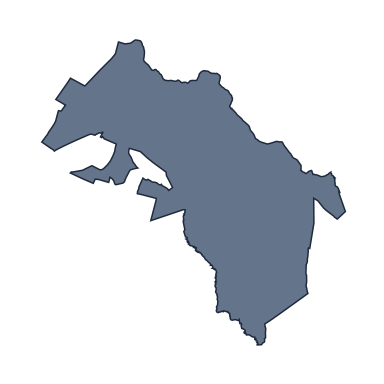 the district of Stejaru, Tulcea, Romania, rotated 6°
{"feature_id": "2599482B28008731037476", "entity_name": "Stejaru", "entity_type": "district", "adm_level": 2, "iso_a3": "ROU", "parent_name": "Romania", "parent_adm1": "Tulcea", "projection": "natural_earth1", "projection_center": [28.523, 44.782], "detail": "fine", "context": "isolated", "style": "filled", "palette": "slate", "viewbox_px": 384, "rotation_deg": 6, "n_neighbors": 0, "source": "geoboundaries", "source_scale": "gbopen_adm2", "svg_char_len": 6031}
<svg xmlns="http://www.w3.org/2000/svg" viewBox="0 0 384 384"><g transform="rotate(6 192 192)"><path d="M50.8,165.7L53.5,163.6L60.1,159.4L69.7,153.6L83.4,145.8L85.7,144.9L89.6,145.7L89.9,145.2L93.7,142.8L96.0,143.0L96.6,141.9L97.1,142.1L95.2,146.8L96.5,147.4L97.2,146.4L98.1,147.0L99.1,148.3L111.7,152.2L111.1,156.0L110.9,159.6L109.7,164.0L107.8,169.2L105.2,173.7L101.6,178.0L99.8,179.3L98.0,179.5L89.7,176.3L80.7,181.9L71.2,184.6L69.8,184.7L69.7,185.0L69.0,185.8L82.8,190.6L92.9,193.7L94.4,189.3L98.3,189.4L108.1,191.2L108.5,189.4L108.8,185.9L111.5,187.4L113.2,189.4L114.3,192.0L115.2,192.6L115.9,192.6L122.0,190.5L123.1,189.8L123.9,188.6L124.0,187.7L124.8,184.9L127.8,177.2L128.3,176.6L131.2,175.2L135.6,173.8L134.1,172.7L131.9,170.1L130.3,168.6L127.9,164.0L125.1,160.4L124.7,158.1L125.2,155.1L136.4,157.2L144.2,162.9L150.2,166.8L164.1,174.9L164.9,178.4L172.2,189.5L169.1,192.6L168.5,192.9L168.0,191.9L166.4,190.8L163.6,189.5L161.6,188.9L160.8,187.5L159.7,188.3L158.4,188.1L155.9,186.5L153.5,186.1L152.0,186.4L146.8,184.0L145.9,184.8L145.0,184.9L142.8,184.0L141.8,183.3L138.8,192.2L138.6,194.9L137.8,196.9L137.8,199.4L142.7,199.9L157.1,202.1L157.2,203.7L154.0,224.8L185.2,210.5L187.1,210.4L186.9,214.2L186.3,214.6L186.7,214.9L186.8,215.5L186.4,215.5L185.9,216.8L186.1,218.1L186.7,220.6L186.7,221.6L186.4,221.5L186.4,222.6L188.8,230.1L188.0,232.2L190.2,237.3L191.6,237.6L192.1,238.2L191.5,239.1L190.9,239.4L192.4,240.1L192.3,240.6L192.5,241.2L193.1,241.3L193.1,241.7L192.5,241.8L192.4,242.0L192.7,242.4L193.6,241.7L193.9,242.6L194.3,242.9L193.8,244.0L195.0,244.3L194.9,244.9L195.2,245.2L196.1,245.6L197.3,245.5L198.2,245.8L199.0,246.2L199.2,246.9L199.5,246.7L199.6,246.1L200.0,246.0L200.4,246.6L200.8,246.5L201.1,247.0L202.2,247.1L202.2,247.6L201.7,248.1L201.4,247.7L201.0,247.8L201.1,248.1L202.0,249.0L202.1,249.4L201.7,249.9L203.0,250.7L203.9,250.4L203.9,251.2L204.6,251.1L205.1,251.5L205.5,251.5L205.7,251.1L206.1,251.2L206.7,251.9L207.6,252.2L207.8,252.8L208.7,253.4L208.7,254.0L210.9,255.6L212.6,257.9L214.3,258.8L216.0,260.4L217.0,260.8L217.9,262.0L218.5,262.3L218.1,263.0L219.3,262.9L220.0,263.4L220.7,265.1L220.1,265.7L222.1,265.9L221.9,266.4L222.1,266.6L222.6,266.2L222.7,266.8L223.7,266.9L224.6,268.5L224.5,269.3L224.9,269.9L224.5,270.6L224.3,271.8L224.8,272.5L224.4,273.0L225.0,273.9L224.1,274.4L224.0,275.0L225.1,276.2L224.9,277.8L225.6,278.6L224.4,278.9L224.7,279.9L225.5,280.9L224.8,281.5L224.7,283.1L225.3,283.8L225.4,284.4L226.0,284.8L226.2,286.8L225.9,288.8L227.0,290.6L227.9,291.7L227.7,292.3L228.3,293.5L228.3,296.3L229.1,297.7L229.2,301.6L229.0,302.5L228.5,303.1L228.4,304.2L229.0,305.3L228.9,306.1L228.5,307.0L229.0,308.6L230.5,309.3L231.2,308.7L232.8,308.4L233.6,307.7L235.4,307.7L235.2,307.2L235.4,307.0L236.5,307.1L236.8,306.9L238.8,307.5L240.0,307.1L240.2,307.5L240.2,307.9L240.5,308.2L241.4,308.7L242.0,308.7L242.3,310.4L242.7,311.3L242.6,311.8L243.2,312.6L243.2,313.7L243.9,314.9L245.3,315.3L248.4,314.4L251.1,314.9L251.5,314.9L252.3,313.9L252.7,315.8L253.2,316.5L253.0,317.1L253.4,317.9L253.9,318.0L254.5,317.6L255.2,318.2L254.8,319.7L255.7,322.4L256.2,322.8L257.0,322.6L259.5,324.1L259.5,325.3L258.8,325.5L259.1,325.9L258.5,326.6L259.3,327.1L259.3,326.5L259.7,326.5L260.9,327.6L261.0,328.4L261.3,328.5L263.6,328.0L267.3,329.8L269.6,329.8L270.0,330.5L269.8,331.1L270.5,331.3L269.9,331.7L269.9,332.1L271.2,332.4L271.3,333.3L272.4,333.7L272.8,334.5L272.4,334.8L273.1,335.2L273.3,335.7L272.9,336.0L272.8,336.6L272.7,337.2L273.0,337.3L277.0,336.6L277.4,336.2L278.0,334.9L279.6,333.7L279.8,333.2L279.7,331.5L279.4,330.3L280.3,329.4L280.4,329.0L279.7,323.9L279.7,321.1L279.5,319.7L278.7,318.0L278.2,315.6L282.5,312.2L293.4,302.7L317.9,280.8L317.0,278.8L315.8,274.8L315.2,273.8L315.4,269.4L314.6,262.7L313.8,261.3L313.2,252.6L314.0,249.3L313.7,246.2L313.9,245.1L313.8,238.6L313.4,236.7L313.7,235.5L315.0,235.9L316.5,210.2L313.7,185.5L318.0,187.5L324.7,194.3L327.3,196.2L335.7,201.3L336.5,202.3L338.4,203.1L339.0,203.7L339.4,203.7L346.6,195.4L338.8,178.9L338.1,176.4L338.8,176.6L337.1,173.2L335.9,171.7L334.6,171.3L333.5,170.1L333.4,168.2L332.7,166.0L332.8,164.5L331.7,163.3L332.7,163.0L331.1,161.6L329.0,160.2L328.9,159.3L328.0,158.5L328.0,157.7L326.7,158.7L325.6,160.1L323.6,161.4L322.9,162.1L319.4,163.2L318.6,163.2L315.2,162.1L310.7,161.6L310.5,161.8L308.7,158.1L306.2,159.1L303.7,161.6L303.0,161.6L301.4,160.7L299.4,160.3L299.1,159.6L297.8,159.0L298.1,158.1L297.6,154.1L293.3,149.2L291.5,148.3L289.0,147.5L286.0,143.5L284.8,142.6L278.3,135.6L276.7,133.0L275.3,132.8L273.4,133.1L271.8,132.8L270.4,132.9L265.9,135.0L261.9,136.4L255.8,135.2L252.9,134.2L251.8,133.2L249.5,132.2L247.8,128.8L245.9,126.6L244.1,125.0L243.4,124.0L242.3,121.3L241.3,119.9L235.0,115.5L234.1,114.3L232.2,112.8L229.0,110.7L227.3,108.8L224.5,106.3L223.2,105.6L223.1,104.9L222.8,104.7L222.1,105.0L221.4,103.9L220.6,103.3L220.5,102.1L221.0,101.4L222.5,96.4L222.4,94.3L221.7,93.6L221.6,92.7L221.0,91.7L219.2,90.2L217.3,87.5L213.9,86.3L212.5,85.1L211.0,84.5L207.6,81.5L207.7,79.1L207.9,78.5L208.2,75.3L207.7,73.5L207.2,73.0L204.3,71.4L202.6,71.8L201.0,71.7L199.7,72.0L197.5,71.4L195.3,70.2L191.2,70.1L190.4,70.4L188.7,71.5L187.0,73.6L186.6,76.3L185.1,80.3L184.3,80.7L180.8,81.0L179.1,81.4L178.2,82.0L177.1,83.6L176.5,84.1L176.0,84.2L174.9,83.6L172.9,83.6L170.2,84.4L167.3,82.4L166.5,82.2L165.8,82.5L165.4,83.1L163.4,83.7L159.7,83.2L156.5,83.8L152.9,83.6L152.6,83.1L151.2,82.3L150.6,80.9L149.2,78.7L147.2,77.4L146.1,75.9L144.8,75.3L143.3,74.0L142.2,74.1L141.0,75.1L139.1,74.8L135.2,70.2L132.3,68.3L130.5,66.7L129.9,64.8L130.2,63.6L130.2,58.9L129.8,56.2L129.2,55.1L129.0,53.9L128.4,52.6L127.4,51.5L126.8,49.6L125.7,47.8L125.0,47.2L123.0,46.8L120.5,46.7L119.4,46.9L116.5,49.5L115.0,50.5L109.9,51.7L103.2,50.5L101.4,62.4L100.7,63.7L98.0,67.8L87.9,80.2L74.7,97.4L74.2,97.7L59.2,91.5L57.2,95.6L46.9,114.2L57.0,118.8L56.7,119.1L56.9,119.2L53.5,125.0L52.7,125.2L50.9,125.0L50.6,125.3L49.0,135.7L47.6,139.3L43.7,146.6L43.2,147.2L42.6,149.2L37.4,158.0L47.2,163.4L49.0,164.1L50.8,165.7Z" fill="#64748b" stroke="#1e293b" stroke-width="1.5"/></g></svg>